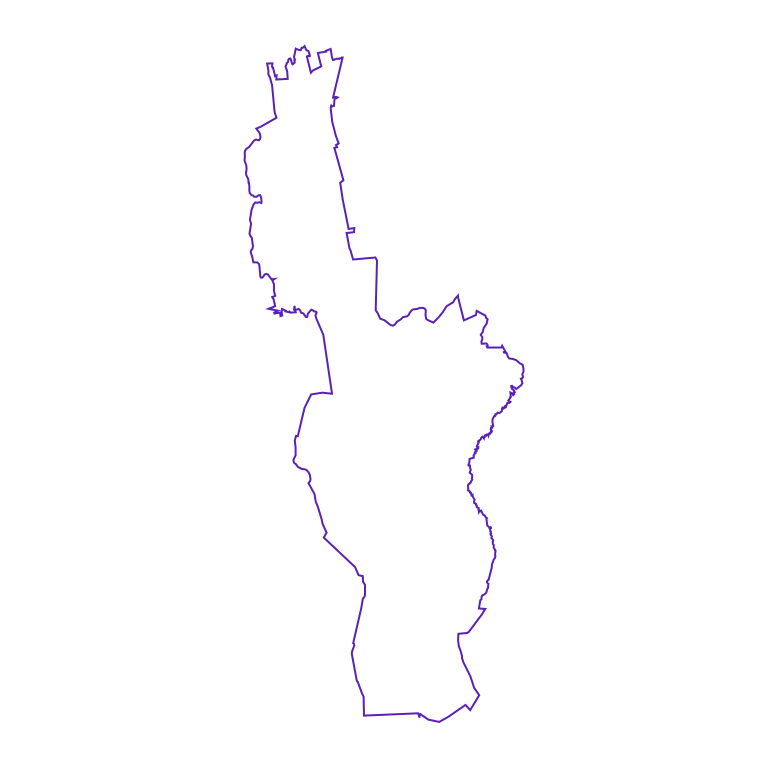 Aquismón, San Luis Potosí, Mexico
{"feature_id": "50627088B80825947676467", "entity_name": "Aquismón", "entity_type": "district", "adm_level": 2, "iso_a3": "MEX", "parent_name": "Mexico", "parent_adm1": "San Luis Potosí", "projection": "equal_earth", "projection_center": [-99.086, 21.748], "detail": "fine", "context": "isolated", "style": "outline", "palette": "violet", "viewbox_px": 768, "rotation_deg": 0, "n_neighbors": 0, "source": "geoboundaries", "source_scale": "gbopen_adm2", "svg_char_len": 6067}
<svg xmlns="http://www.w3.org/2000/svg" viewBox="0 0 768 768"><path d="M364.0,715.6L418.1,713.3L419.3,716.9L419.5,716.9L419.6,715.0L420.2,714.0L428.3,719.6L439.2,721.9L448.2,716.9L465.5,704.9L470.2,710.1L479.2,695.2L474.1,687.8L470.5,676.6L463.5,662.5L462.0,658.1L462.0,656.1L460.4,650.2L458.8,646.1L458.1,640.2L458.4,633.8L467.1,633.0L468.8,631.9L482.1,614.1L485.3,608.9L478.9,608.5L480.3,600.2L481.4,599.3L481.6,596.7L482.2,595.5L484.0,594.7L486.3,592.6L487.4,588.5L488.1,587.9L488.3,583.7L487.4,583.0L486.9,581.6L487.6,580.4L488.6,579.9L491.7,567.7L492.0,564.2L493.8,559.5L495.1,557.7L495.4,555.5L495.0,554.5L495.5,551.3L495.1,550.6L495.4,550.2L493.8,548.1L493.7,544.8L492.9,544.1L492.7,541.3L493.2,540.2L491.4,537.9L491.9,536.3L490.6,534.7L491.1,533.7L490.5,533.2L491.0,532.0L490.3,531.4L490.3,529.8L489.7,528.7L490.9,528.2L491.0,527.6L490.6,527.2L489.3,527.3L487.3,525.6L486.4,518.7L486.9,518.2L485.4,516.9L485.0,515.7L483.0,514.6L481.2,510.7L480.5,511.3L479.7,510.6L478.9,512.0L478.5,509.2L478.8,508.2L476.8,507.1L476.7,505.3L475.9,504.8L475.9,503.7L474.1,502.9L474.0,501.5L474.6,499.6L472.6,496.4L472.6,494.8L471.5,495.3L470.9,492.7L470.0,492.6L469.9,491.4L467.9,490.1L468.3,489.2L468.0,485.3L468.6,484.2L469.8,483.6L469.9,482.9L470.8,482.5L470.9,481.6L472.3,479.6L471.8,478.3L472.3,476.5L472.1,474.8L469.7,472.7L470.8,469.6L470.2,468.4L469.9,465.5L468.6,465.5L468.3,464.9L469.3,462.6L469.6,458.9L473.8,457.6L473.6,455.3L474.4,454.6L474.7,453.3L475.3,453.1L474.9,452.3L476.5,451.5L476.7,449.7L475.3,449.8L475.2,449.4L478.2,448.5L478.3,447.2L477.4,447.5L476.8,446.3L478.9,442.1L478.1,441.7L478.3,441.0L480.8,439.4L481.0,438.1L482.2,436.9L482.7,436.7L483.9,438.3L484.0,437.5L484.8,437.0L484.8,435.6L486.5,434.6L486.7,435.4L488.2,434.4L488.5,435.4L489.0,433.6L489.6,433.7L490.0,434.6L490.1,432.9L490.6,432.2L491.3,432.4L491.9,431.2L490.9,430.7L491.3,429.2L490.7,428.9L490.9,428.0L492.2,427.5L491.6,426.3L493.2,426.0L492.4,421.9L492.7,418.7L494.5,415.9L495.2,415.9L495.5,414.2L496.2,414.4L497.6,412.7L499.4,413.1L501.8,411.1L502.1,408.4L502.6,407.5L503.3,407.7L503.2,409.3L504.9,406.2L505.2,406.0L505.3,407.5L505.8,407.3L507.4,402.9L509.4,402.8L510.3,402.3L510.5,401.8L509.2,401.5L508.3,400.5L510.1,398.2L510.1,397.2L510.8,397.0L510.4,392.5L512.2,393.5L513.2,395.2L514.3,394.0L513.6,392.8L513.7,392.3L514.7,392.1L514.2,390.6L511.7,388.5L511.2,386.0L512.0,385.8L513.0,387.3L514.5,387.4L516.3,389.0L521.0,385.3L522.4,383.2L521.6,380.1L520.9,378.7L522.2,378.2L523.1,377.0L522.3,374.4L523.5,371.4L523.5,368.8L522.6,364.7L520.0,363.4L516.3,360.2L513.0,359.0L509.0,358.4L508.1,357.0L506.5,352.9L504.0,352.6L503.8,352.1L505.3,351.4L502.2,345.8L501.5,347.5L487.3,347.5L486.8,346.5L487.7,346.4L487.4,344.5L486.5,343.5L481.7,343.7L481.4,341.5L482.4,339.2L482.3,337.1L480.7,334.8L482.7,332.0L483.7,328.1L486.7,323.5L487.6,319.2L485.9,317.6L485.4,315.6L476.7,310.9L475.9,315.0L463.9,320.4L458.2,297.9L458.0,295.6L455.2,298.7L453.1,302.3L446.6,306.2L442.7,312.3L439.0,316.9L433.4,322.6L428.1,320.2L426.2,318.9L425.5,315.2L425.8,310.3L424.7,308.6L422.9,307.8L419.4,308.0L417.4,308.9L413.1,309.4L411.6,310.4L409.8,312.6L408.8,314.8L407.2,316.3L402.8,317.2L400.6,319.5L397.0,321.7L394.8,324.6L393.1,325.6L390.9,325.2L384.4,320.2L380.2,318.7L377.8,313.4L375.7,310.2L377.0,260.6L375.4,257.5L353.1,259.5L350.5,250.3L349.5,248.4L346.6,233.0L354.0,232.2L354.3,228.1L348.6,228.9L342.7,199.4L340.2,182.7L343.4,180.3L334.4,147.9L337.0,147.2L336.0,145.0L338.7,143.5L335.8,135.6L332.2,121.6L330.7,108.2L331.3,105.5L332.6,106.4L333.6,105.6L334.0,105.7L334.6,98.3L336.4,98.3L337.6,97.4L336.0,96.9L333.1,97.5L342.6,57.5L341.9,57.5L341.8,58.2L339.5,58.3L339.2,58.9L336.9,58.7L333.0,60.1L332.0,57.2L330.6,49.0L325.9,50.8L326.1,51.6L317.9,53.0L321.2,66.4L312.9,70.5L310.9,72.7L306.9,56.5L307.7,55.9L309.2,56.3L310.0,55.9L308.4,50.9L306.9,50.5L306.1,49.7L304.6,46.1L302.6,47.9L301.7,47.8L300.7,50.2L298.1,49.7L295.8,48.6L294.0,57.1L295.0,59.8L294.3,60.2L294.7,62.6L292.1,64.9L292.4,64.3L290.4,58.5L288.9,58.9L288.4,59.7L288.0,62.1L286.6,63.3L286.6,64.2L285.5,66.4L287.2,71.3L287.7,78.9L276.3,79.5L276.6,75.4L275.1,76.2L273.1,67.8L272.6,67.9L272.0,66.4L272.5,63.4L267.1,63.5L268.5,70.9L268.3,74.3L270.0,77.5L272.1,85.4L274.6,112.1L276.5,117.7L260.6,126.8L256.3,128.6L259.6,133.0L260.5,137.0L259.9,139.2L258.9,140.3L256.0,139.6L254.0,140.6L249.1,147.0L246.3,148.9L244.9,151.1L244.7,152.2L244.9,156.6L244.5,160.4L246.3,165.4L246.6,169.3L246.0,172.9L246.2,174.9L248.3,179.3L248.6,182.9L248.9,182.9L249.4,186.4L249.3,190.4L249.8,193.1L251.4,195.0L253.1,195.6L254.1,196.7L256.6,196.8L258.6,195.2L260.1,195.2L261.1,197.2L261.6,201.5L261.3,203.0L259.2,202.2L257.9,202.7L255.2,202.5L253.6,204.4L251.7,209.2L249.9,219.8L251.1,223.7L249.5,233.6L250.6,236.2L251.8,237.8L253.0,246.3L252.3,249.2L251.1,250.4L250.7,252.0L252.4,257.5L253.3,262.3L257.3,262.4L258.9,263.9L259.3,264.9L260.4,276.9L261.1,277.7L262.5,277.5L264.7,274.5L266.2,273.9L268.0,274.6L271.5,279.3L274.4,279.0L272.4,280.4L274.0,284.4L273.9,290.8L275.2,295.9L272.2,297.0L273.7,299.5L275.1,306.2L268.6,308.8L277.9,310.7L274.2,312.6L274.5,313.5L280.1,312.6L280.5,316.1L282.2,315.5L281.6,312.0L282.0,309.0L285.8,310.7L285.5,311.4L289.8,312.4L289.8,311.9L290.8,312.6L295.7,312.3L295.2,310.6L294.1,309.8L294.5,305.8L294.9,309.2L295.6,310.0L298.5,308.9L299.9,310.0L301.2,312.8L303.4,313.4L305.9,317.0L307.2,316.8L307.9,313.7L311.3,309.7L313.4,310.6L314.1,311.4L316.2,311.8L316.6,312.6L315.5,315.3L316.1,318.0L323.3,334.8L332.0,393.7L322.3,392.7L311.2,394.4L304.5,407.9L297.8,436.2L296.0,435.9L294.8,440.7L295.6,447.6L295.6,455.3L293.4,460.0L293.8,462.0L294.5,463.3L295.8,464.0L297.9,466.9L301.7,468.9L305.2,469.4L306.8,470.2L308.6,472.4L309.9,474.9L310.5,479.1L310.1,481.0L308.5,483.2L314.5,494.0L315.8,501.9L317.6,506.0L321.8,519.8L322.5,523.6L326.6,532.6L323.8,537.6L355.1,567.1L358.6,575.2L362.8,576.1L363.0,581.7L365.0,584.8L365.0,595.1L364.4,596.8L362.9,598.6L361.2,608.4L353.2,643.2L354.0,643.8L354.3,645.5L352.1,651.3L351.8,653.8L356.8,680.9L357.8,682.0L362.0,693.4L363.6,696.6L364.0,715.6Z" fill="none" stroke="#5b21b6" stroke-width="2"/></svg>